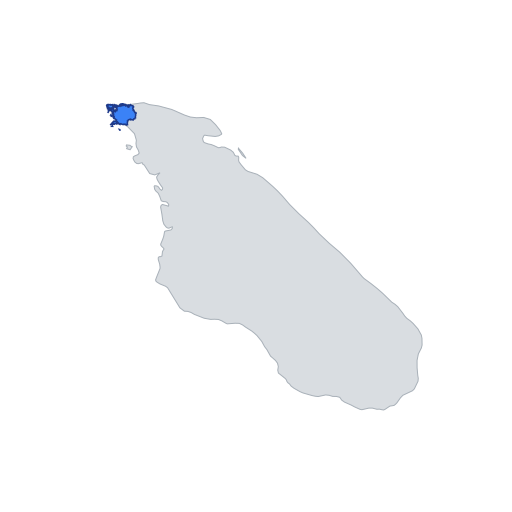 Antsiranana II, Diana, Madagascar (highlighted), rotated 297°
{"feature_id": "10022922B22775533170221", "entity_name": "Antsiranana II", "entity_type": "district", "adm_level": 2, "iso_a3": "MDG", "parent_name": "Madagascar", "parent_adm1": "Diana", "projection": "mercator", "projection_center": [49.235, -12.498], "detail": "fine", "context": "in_parent", "style": "filled", "palette": "blue", "viewbox_px": 512, "rotation_deg": 297, "n_neighbors": 0, "source": "geoboundaries", "source_scale": "gbopen_adm2", "svg_char_len": 8487}
<svg xmlns="http://www.w3.org/2000/svg" viewBox="0 0 512 512"><g transform="rotate(297 256 256)"><path d="M330.5,68.3L331.8,71.3L333.3,74.2L338.0,81.1L340.0,83.8L341.7,86.6L342.5,92.3L345.5,101.1L348.3,114.4L349.1,128.1L350.0,134.4L352.2,140.3L355.7,146.5L356.9,153.3L354.7,160.3L351.6,167.0L350.7,168.3L349.3,170.0L348.6,169.9L346.1,168.2L344.0,165.4L341.4,158.7L340.4,155.4L339.3,154.9L336.3,155.1L334.0,157.2L333.6,158.5L334.1,162.3L335.0,165.6L335.3,169.0L335.4,173.3L336.2,174.6L337.4,175.7L338.7,178.6L338.9,185.3L338.1,188.7L336.0,191.6L336.1,193.2L336.9,194.8L336.1,195.8L333.3,197.1L332.1,198.2L330.6,201.2L328.0,207.3L327.7,210.4L329.3,219.8L328.8,226.5L325.6,239.4L323.8,245.5L321.2,252.8L317.2,262.5L313.2,274.7L309.8,287.2L307.3,294.8L304.5,302.2L300.6,315.4L297.4,328.9L292.5,343.7L285.7,360.3L285.0,362.5L283.6,371.0L282.1,378.4L280.3,385.7L276.5,397.9L276.1,401.7L275.2,405.3L271.6,412.9L270.0,415.8L268.9,418.8L268.3,422.7L267.3,426.4L264.6,433.3L260.6,439.2L257.9,441.3L252.1,444.4L249.1,445.1L242.5,445.1L236.1,446.9L229.5,450.3L223.1,454.3L220.7,456.1L218.0,457.2L209.5,457.4L207.0,456.6L198.6,450.1L195.3,449.1L189.1,448.2L187.2,447.6L185.5,446.8L183.0,443.4L178.0,440.6L176.8,439.7L176.1,437.7L175.6,435.6L174.3,433.2L173.3,428.7L171.7,425.6L167.1,420.1L166.6,418.3L166.3,412.4L166.4,408.5L166.0,401.2L166.5,397.8L168.1,394.8L167.4,391.5L165.7,388.0L165.1,384.4L163.8,381.1L159.0,375.2L157.9,372.3L157.1,369.3L155.3,360.0L155.1,356.8L155.4,349.9L156.0,346.4L157.2,344.0L157.5,342.1L158.2,340.6L159.4,339.3L160.1,337.8L161.9,329.1L164.2,327.2L167.6,326.1L170.3,323.8L171.8,320.7L173.4,314.4L177.6,308.1L179.1,304.9L182.5,299.9L185.6,292.9L186.5,289.6L187.2,286.3L187.9,278.9L188.5,275.3L188.4,271.7L186.6,267.9L182.5,261.2L182.4,259.9L182.7,254.9L182.4,251.3L180.8,247.7L178.9,244.3L177.0,238.0L176.0,227.6L176.2,223.8L175.7,220.4L174.3,217.2L175.3,211.7L187.6,191.6L188.0,189.2L187.5,183.1L187.8,179.5L188.2,178.2L189.1,177.4L191.3,177.1L201.2,176.2L202.5,175.6L205.0,173.9L208.4,170.6L210.0,169.7L211.4,170.0L212.2,171.4L213.3,172.2L217.4,170.7L218.9,170.7L220.5,170.9L221.2,169.5L221.7,167.7L222.3,166.4L223.3,165.7L228.5,165.3L231.8,164.8L236.1,163.5L237.0,163.8L240.5,168.3L241.5,168.7L242.9,168.9L244.0,168.1L241.2,165.7L240.8,164.3L241.0,162.8L242.5,159.5L245.0,157.0L250.5,153.2L256.3,148.8L258.0,148.5L259.4,149.2L260.5,154.4L260.4,155.2L261.3,155.3L262.4,154.7L263.4,152.6L263.4,150.9L262.6,149.2L262.3,147.8L262.2,146.5L265.2,143.4L267.5,140.5L268.5,137.0L269.5,135.4L271.9,133.6L272.6,133.8L273.2,135.3L273.5,136.9L272.9,138.4L272.0,140.0L271.6,142.0L273.0,142.4L274.3,141.9L276.2,138.2L278.3,134.7L279.6,132.9L281.2,131.6L283.9,131.9L286.6,132.7L282.3,129.0L281.2,123.9L286.3,115.2L286.4,113.4L287.1,112.9L287.4,112.1L284.8,109.2L284.3,107.7L284.7,105.5L285.9,103.6L287.1,102.2L288.7,101.7L290.0,102.4L292.8,104.8L294.7,105.2L297.0,102.9L298.9,100.0L301.7,98.0L304.9,96.8L309.8,92.2L313.0,82.7L313.2,80.0L312.5,76.6L311.4,73.4L309.5,69.4L310.0,68.5L312.7,69.1L313.6,68.5L316.5,65.0L321.3,58.2L322.8,58.2L324.2,59.5L324.7,61.3L325.7,62.7L328.9,65.9L330.5,68.3ZM297.1,95.0L297.2,96.1L293.5,95.6L292.9,92.0L294.7,91.9L295.1,90.4L296.2,90.2L297.4,93.4L297.1,95.0ZM341.6,197.4L338.5,202.8L339.4,198.3L343.0,191.8L344.1,191.4L341.6,197.4Z" fill="#d9dde1" stroke="#a8b0b8" stroke-width="1"/><path d="M321.7,62.7L321.6,62.8L321.6,62.4L322.2,61.9L322.3,61.6L322.1,61.3L321.8,61.5L321.7,61.1L322.5,60.2L322.8,60.8L322.7,61.1L323.1,61.2L323.1,61.5L323.3,61.3L323.7,61.5L323.7,62.0L323.9,62.0L324.2,61.3L323.9,61.0L324.2,60.6L324.7,60.9L324.9,61.3L325.7,62.3L325.8,62.0L325.4,61.3L325.3,60.3L325.0,59.9L325.0,59.4L325.5,59.0L325.0,58.5L324.9,57.7L324.3,57.7L324.2,57.4L324.0,57.5L323.9,57.6L324.2,57.4L324.3,57.4L324.4,57.6L324.6,57.4L324.4,56.9L324.1,57.0L324.3,56.9L324.3,56.4L324.1,56.1L323.7,56.0L324.0,55.7L323.7,55.1L323.4,55.0L323.2,55.2L322.9,55.1L323.3,55.0L323.1,54.6L322.5,54.6L322.3,54.6L322.2,54.9L321.2,55.6L321.2,55.9L321.6,55.9L321.7,55.7L322.0,56.1L321.6,56.6L321.1,55.8L320.8,56.2L321.1,56.5L321.3,56.4L321.4,56.8L321.2,56.7L320.9,56.9L320.8,56.6L320.6,56.8L320.7,56.4L320.4,57.1L320.0,57.1L320.1,57.4L320.6,57.2L320.6,57.4L320.8,57.1L321.0,57.2L320.9,57.9L321.2,58.2L321.1,58.4L321.4,58.4L321.6,59.3L321.3,59.2L321.2,58.7L320.8,59.3L320.7,58.8L320.3,58.7L320.4,58.4L320.2,58.5L320.2,58.1L319.9,57.8L319.7,57.9L319.6,57.6L319.3,58.2L319.5,58.4L319.1,58.2L318.5,58.4L317.8,59.0L318.4,59.1L318.7,59.2L319.4,58.8L319.7,59.5L319.8,59.3L320.0,59.5L319.7,59.7L319.7,60.0L320.0,60.0L320.3,59.5L320.6,60.0L320.9,60.1L320.7,60.5L320.9,60.8L320.6,60.9L320.7,61.0L320.4,60.9L320.3,60.4L319.9,61.0L319.8,61.6L319.5,61.6L319.5,62.1L319.9,62.5L319.6,63.3L319.3,63.6L319.4,63.8L319.0,63.7L318.7,63.5L318.7,63.1L318.4,63.5L317.9,63.3L317.8,63.8L318.0,64.2L317.8,64.4L317.8,64.8L317.1,64.9L317.1,64.5L317.3,64.3L317.0,64.3L316.7,64.5L316.5,64.9L316.2,64.7L315.8,65.0L316.0,65.4L315.8,65.6L315.6,65.6L315.4,65.3L315.3,65.6L314.7,65.8L314.5,66.0L314.4,66.3L314.2,66.6L314.7,66.7L314.4,66.8L314.6,66.8L314.6,67.0L314.8,67.0L314.6,67.0L314.5,66.8L314.5,67.4L314.2,67.7L314.1,68.8L313.8,69.6L313.9,70.0L313.4,70.2L313.4,70.3L313.3,70.1L313.1,70.1L312.9,70.5L312.4,70.7L312.5,70.5L312.4,70.5L312.6,70.5L312.7,70.2L312.4,69.9L312.2,69.3L311.6,68.8L311.7,68.3L311.4,68.0L311.4,67.9L310.0,67.6L309.4,67.7L308.9,67.2L308.3,67.5L308.3,68.2L307.7,68.7L308.2,68.8L308.8,69.3L308.8,68.5L309.1,68.3L309.2,69.2L309.4,69.1L309.2,69.7L309.5,69.8L309.4,70.1L310.0,70.2L310.4,71.1L310.7,71.1L310.8,71.1L310.7,71.2L310.6,71.7L310.4,72.0L310.6,72.2L310.9,72.3L310.9,72.0L311.6,71.6L311.9,71.8L311.9,71.6L312.3,71.3L312.2,71.5L312.3,71.4L312.4,71.5L312.1,71.6L312.3,71.7L312.3,72.1L311.7,72.6L311.5,73.3L311.5,73.7L311.9,73.5L311.7,74.1L311.4,74.4L311.4,75.0L311.7,74.9L312.3,75.0L312.6,75.6L312.4,76.0L312.6,76.4L312.7,77.9L313.3,78.3L313.4,78.6L313.6,78.6L313.6,79.0L314.1,79.6L313.8,81.0L314.0,81.4L314.4,81.3L314.6,81.6L314.8,81.2L314.8,81.4L315.2,81.6L315.9,80.9L316.3,81.0L316.9,80.6L317.4,80.7L318.0,80.1L318.5,80.5L319.3,80.4L320.3,81.3L320.2,82.2L320.6,82.4L320.8,82.3L320.8,82.6L321.0,82.6L320.9,83.2L321.1,83.5L321.2,84.1L321.4,84.3L321.4,84.8L322.8,84.9L323.1,85.6L323.5,85.4L324.3,85.7L324.4,85.9L325.6,85.2L326.9,84.9L327.4,84.4L328.8,84.4L329.2,84.0L329.3,83.6L328.7,83.1L329.2,82.3L330.1,81.4L329.9,80.8L330.2,80.2L330.9,80.4L331.5,79.2L332.3,79.0L332.6,78.8L333.0,79.3L333.3,79.3L334.0,78.1L333.3,76.1L332.3,74.8L331.8,74.9L331.6,74.7L331.5,75.0L331.3,75.1L331.1,75.0L331.2,74.8L331.2,74.7L331.0,74.8L331.0,74.6L330.8,74.8L330.6,74.6L330.7,74.0L331.1,73.3L331.2,72.4L331.0,71.9L330.5,71.6L330.8,71.2L330.6,70.0L330.8,69.9L330.9,70.0L331.1,71.5L331.7,71.6L331.9,71.3L331.0,68.2L330.8,68.3L330.8,68.6L331.0,68.7L331.2,69.4L330.7,68.8L330.7,69.0L330.3,68.7L330.2,69.0L330.4,69.2L330.6,69.3L330.8,69.4L330.4,69.3L330.5,69.6L330.3,69.4L330.3,69.5L330.3,69.4L329.9,69.4L329.8,69.0L330.1,68.3L329.9,68.1L329.3,68.2L329.1,68.4L328.8,68.1L329.6,67.4L330.2,68.3L330.5,68.0L330.2,67.6L330.5,67.2L329.8,66.2L329.4,66.2L328.8,66.0L328.2,66.4L328.1,66.8L327.8,66.9L327.8,66.1L327.4,65.6L327.2,65.8L326.9,65.4L327.2,65.5L327.2,65.3L327.3,65.3L326.9,65.1L327.0,64.8L326.8,64.6L326.9,64.3L326.6,64.3L326.7,64.0L326.6,63.7L326.4,63.8L326.5,63.5L326.4,63.5L326.6,63.3L326.1,62.8L325.4,62.5L324.8,63.2L325.0,63.3L325.0,63.7L325.4,63.9L325.2,64.6L324.7,64.9L324.1,64.8L323.9,65.4L323.3,65.6L323.2,65.9L322.6,65.8L322.3,66.0L322.0,65.6L322.3,65.1L322.3,64.5L322.1,64.6L321.9,64.5L321.6,65.1L321.3,65.1L321.5,64.9L321.3,65.0L321.5,64.8L321.3,64.7L320.9,64.6L320.9,64.9L320.8,64.7L320.9,64.3L321.1,64.3L321.0,64.2L321.3,63.9L321.1,63.6L321.3,63.7L321.3,63.3L321.7,62.7ZM332.2,73.0L332.2,73.4L331.9,73.0L331.5,73.1L331.6,73.5L332.3,73.6L332.2,73.0ZM306.8,77.3L306.7,76.8L306.3,77.4L306.4,77.6L306.8,77.3ZM332.2,73.9L331.4,73.6L331.9,74.1L332.2,73.9ZM333.9,75.2L333.7,75.1L333.3,75.5L333.7,75.6L333.8,75.2L334.0,76.2L333.9,75.2ZM316.0,62.6L315.6,62.6L315.7,62.8L315.5,63.3L315.7,63.2L315.9,63.0L316.0,62.6ZM330.7,67.3L330.8,67.9L331.0,67.9L330.7,67.3ZM326.1,60.7L325.9,60.9L326.5,61.4L326.4,61.1L326.5,60.8L326.1,60.7ZM307.2,66.8L307.1,67.1L307.4,67.2L307.5,66.9L307.2,66.8ZM325.9,60.0L325.6,59.6L325.4,59.9L325.7,59.8L325.9,60.0ZM306.4,68.8L306.1,68.7L306.3,69.1L306.4,68.8ZM311.3,72.0L311.2,72.1L311.3,72.3L311.5,72.2L311.3,72.0ZM316.9,59.1L316.8,59.4L316.8,59.6L317.0,59.2L316.9,59.1ZM314.9,63.6L315.0,63.3L314.8,63.5L314.9,63.6Z" fill="#3b82f6" stroke="#1e3a8a" stroke-width="1.5"/></g></svg>